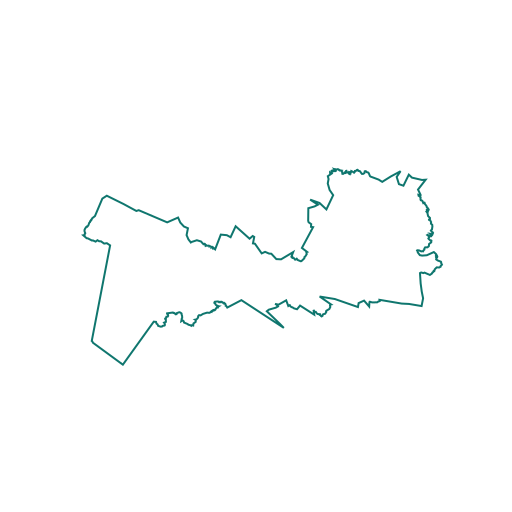 the district of Ocampo, Durango, Mexico, rotated 148°
{"feature_id": "50627088B65155836914423", "entity_name": "Ocampo", "entity_type": "district", "adm_level": 2, "iso_a3": "MEX", "parent_name": "Mexico", "parent_adm1": "Durango", "projection": "albers", "projection_center": [-105.7, 26.458], "detail": "fine", "context": "isolated", "style": "outline", "palette": "teal", "viewbox_px": 512, "rotation_deg": 148, "n_neighbors": 0, "source": "geoboundaries", "source_scale": "gbopen_adm2", "svg_char_len": 6094}
<svg xmlns="http://www.w3.org/2000/svg" viewBox="0 0 512 512"><g transform="rotate(148 256 256)"><path d="M74.9,232.5L82.2,239.8L83.3,244.0L93.7,237.5L96.7,241.2L94.8,248.5L88.5,251.3L99.4,252.0L109.7,252.0L111.5,255.8L116.8,262.7L117.0,263.4L116.5,266.4L116.6,267.3L117.7,268.5L117.8,269.5L118.4,270.1L118.9,270.2L120.1,268.9L121.4,268.8L122.6,269.4L122.9,271.5L122.8,272.5L123.2,273.2L123.8,273.6L124.2,275.3L124.5,275.4L124.7,274.8L127.0,275.7L127.6,275.0L128.7,274.7L129.2,276.0L130.2,277.6L130.9,276.9L131.8,277.4L132.0,276.7L132.4,277.3L132.6,276.6L132.3,276.1L133.0,275.6L133.5,276.4L133.3,277.5L133.7,277.6L134.5,279.2L134.2,280.3L134.6,280.4L135.1,279.8L136.2,279.9L136.3,279.0L138.1,279.8L138.7,279.5L139.2,279.9L138.4,281.7L138.6,283.0L138.2,283.1L139.3,284.1L139.8,285.0L140.0,284.8L140.6,286.3L141.9,286.7L142.5,287.3L143.0,286.1L143.4,285.8L143.9,286.0L144.0,286.8L143.5,286.8L143.3,287.1L143.3,287.7L143.6,288.1L143.6,287.5L144.1,287.6L144.7,286.8L145.1,286.7L145.4,286.8L145.2,287.4L145.8,288.1L146.8,288.2L147.4,287.0L148.7,287.1L148.9,287.6L149.3,287.0L149.3,286.5L146.9,285.9L152.8,285.6L153.7,282.8L156.7,279.5L158.6,272.9L158.3,266.7L171.6,258.2L174.0,267.3L180.2,275.1L176.3,266.7L180.0,267.0L186.3,268.8L193.1,258.2L193.5,256.7L192.3,253.8L193.9,251.6L192.3,250.2L212.8,238.5L210.5,232.4L211.3,232.6L212.0,230.7L214.5,229.5L215.5,229.4L216.3,228.4L220.2,227.6L220.8,227.8L222.7,230.4L222.9,232.1L224.2,231.9L224.8,232.2L225.0,234.1L225.8,234.8L225.7,235.3L226.1,235.2L226.3,235.6L226.2,236.1L226.4,236.6L222.4,239.6L236.5,239.9L240.4,242.6L241.8,249.8L243.6,251.1L246.1,254.7L249.8,255.2L250.4,267.0L251.9,268.3L247.4,273.1L248.2,274.7L252.3,274.1L257.5,292.0L267.6,285.4L269.7,289.1L274.5,292.8L287.0,283.4L287.1,284.4L287.3,284.7L287.7,284.5L287.9,285.9L288.6,285.6L288.6,287.0L288.9,287.0L288.7,287.2L289.6,288.1L289.8,288.7L290.5,288.8L290.3,289.3L290.5,289.8L292.2,290.7L292.4,291.4L293.0,291.4L292.7,291.9L292.8,292.2L293.2,292.2L292.9,293.1L293.1,293.6L294.1,293.8L294.0,294.1L294.5,294.6L294.9,297.4L297.8,300.7L303.5,302.1L304.1,302.0L304.5,305.9L303.8,310.5L299.0,315.6L301.5,319.2L302.5,324.5L301.7,329.9L313.5,331.6L331.2,357.0L333.6,357.6L340.8,370.3L350.6,386.2L355.9,386.1L371.4,375.2L374.9,374.8L376.3,373.9L376.4,374.1L377.0,373.9L377.4,373.4L378.3,373.4L378.8,372.7L379.7,372.6L382.0,370.8L383.2,370.4L383.6,370.6L383.8,370.3L384.5,370.6L386.4,369.8L387.7,368.9L388.4,367.6L388.7,365.8L389.5,365.5L390.2,364.6L391.5,365.1L390.2,360.8L389.3,360.1L386.9,356.0L386.1,355.7L384.4,353.2L382.1,353.4L381.2,351.6L379.7,350.6L378.2,347.0L375.7,345.9L374.1,342.3L440.3,271.0L440.1,270.5L440.2,268.7L426.5,234.4L377.5,254.5L375.7,253.1L376.2,251.4L375.7,250.1L376.0,248.6L374.3,246.6L373.1,246.0L372.2,246.2L370.4,245.5L369.8,245.8L369.2,247.1L369.3,248.2L367.3,247.9L366.1,250.0L366.4,250.8L366.2,251.1L365.3,251.0L364.2,252.0L363.0,251.4L362.2,251.8L361.8,252.7L362.0,254.2L361.8,254.5L356.6,252.2L356.3,251.5L355.9,251.5L355.3,250.6L355.1,249.2L354.2,248.8L353.4,249.5L350.9,249.0L350.1,248.1L349.6,246.7L350.1,245.8L350.4,244.4L351.4,242.6L352.0,242.4L353.9,240.3L352.4,240.3L352.2,240.0L351.9,238.9L352.3,237.7L350.0,234.5L349.8,233.6L348.1,231.8L347.9,231.1L347.1,231.3L346.1,230.3L344.8,231.9L342.1,232.1L341.3,233.2L341.3,233.5L340.9,233.6L341.2,234.2L340.1,233.8L338.7,234.1L337.6,234.6L337.0,235.6L335.6,236.0L334.5,235.0L331.7,235.0L327.5,233.9L325.8,232.6L325.0,232.4L323.8,232.7L323.3,232.1L322.5,232.8L321.9,232.7L322.0,232.3L321.5,232.3L321.4,232.8L320.7,232.8L320.0,232.5L319.8,231.9L318.9,232.0L317.7,232.8L316.8,232.8L316.3,233.2L315.5,232.6L315.1,233.1L314.3,233.1L314.7,233.4L314.7,233.8L315.7,235.2L316.0,236.1L315.8,237.1L316.2,238.2L315.9,238.7L315.1,239.0L312.3,237.6L311.8,236.3L310.9,236.3L310.7,235.7L309.9,235.7L309.5,235.5L309.2,235.1L309.3,234.6L309.0,234.0L307.9,233.3L307.6,232.3L307.9,232.2L307.4,231.7L307.7,230.4L308.1,229.9L307.7,229.4L307.7,227.5L291.8,226.3L270.5,180.3L271.6,185.4L276.1,203.4L273.6,203.7L266.6,201.7L264.1,201.6L264.3,203.8L265.2,205.3L262.7,202.8L253.9,202.4L255.1,196.5L253.7,196.6L253.4,196.3L253.7,195.9L253.5,195.7L253.4,194.8L252.8,193.6L252.3,193.2L251.5,191.4L249.4,189.1L244.9,190.6L237.7,175.4L235.8,179.8L235.8,177.4L234.9,176.9L234.9,175.4L234.5,174.2L232.6,172.7L233.0,172.2L232.7,172.0L232.7,170.7L232.4,170.0L231.3,170.0L230.5,170.8L229.9,171.0L227.9,170.4L226.1,171.3L226.0,171.8L225.4,172.3L221.9,172.2L220.0,173.4L219.4,174.9L218.9,175.4L218.0,175.1L223.5,187.9L211.9,177.7L196.6,158.7L193.9,161.7L188.0,160.9L186.8,153.2L184.2,156.8L183.7,156.9L182.1,155.1L177.8,152.5L176.7,152.6L175.0,152.2L174.5,153.4L157.6,138.4L151.7,134.3L142.1,125.8L136.7,131.6L134.3,138.0L130.9,145.5L126.0,154.6L124.7,154.5L123.1,152.8L121.9,152.6L118.6,147.8L116.1,147.9L115.3,148.5L114.6,148.4L113.3,149.2L112.8,148.7L111.4,150.0L108.8,150.6L106.8,149.2L105.1,149.1L104.7,149.7L102.9,150.1L102.7,152.0L102.3,152.5L102.2,153.2L104.2,155.8L105.0,157.6L104.4,158.1L103.9,159.8L103.2,159.8L102.8,159.2L102.5,159.5L102.4,160.3L103.1,160.5L103.1,160.8L103.1,161.2L102.3,161.8L102.3,162.2L103.1,165.1L110.7,166.1L114.9,168.3L116.6,169.9L116.9,173.3L116.4,174.6L116.5,175.3L116.2,175.4L114.8,174.4L113.4,172.3L112.7,172.1L111.8,171.4L111.0,172.0L109.8,172.2L109.4,173.0L108.0,173.7L106.0,172.5L104.3,172.7L102.8,174.5L100.2,174.7L99.1,176.1L99.3,176.5L99.9,176.7L100.5,178.9L100.5,179.6L99.4,180.0L98.9,181.1L99.6,183.0L99.2,183.0L99.1,182.1L98.5,181.7L98.0,180.5L96.9,179.9L96.2,180.4L96.1,180.8L96.5,182.5L95.8,181.9L95.1,180.7L93.6,181.8L93.6,182.5L94.0,183.0L94.2,184.9L92.7,185.3L90.8,187.5L90.0,189.1L90.5,190.7L89.5,192.0L89.6,192.7L89.3,193.7L89.3,194.2L90.1,194.9L90.0,195.2L88.7,195.5L88.3,196.1L88.9,198.7L87.8,201.7L87.9,203.0L86.7,202.6L86.3,203.4L86.9,204.3L86.6,204.8L85.8,204.8L85.7,203.7L85.4,203.5L84.9,203.9L85.0,206.4L85.3,206.9L84.9,208.2L85.2,210.6L84.8,211.9L85.1,212.2L86.1,212.2L85.7,214.5L86.1,215.5L86.7,216.0L86.4,217.1L85.4,218.4L85.6,218.8L85.5,219.6L86.2,220.9L85.8,221.9L84.2,220.4L84.0,220.7L83.4,226.5L71.7,230.8L74.9,232.5Z" fill="none" stroke="#0f766e" stroke-width="2"/></g></svg>